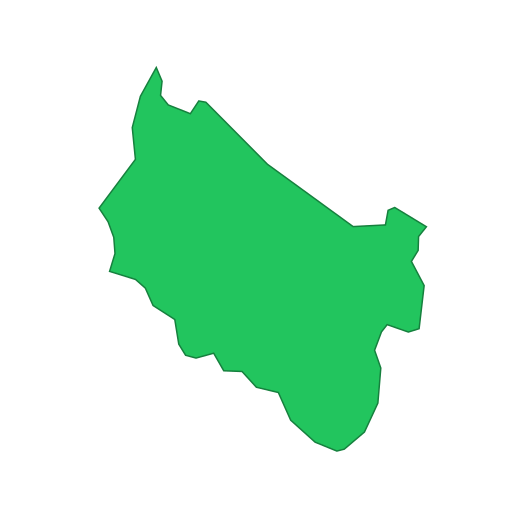 map outline of West Berkshire (Mercator projection), rotated 215°
{"feature_id": "GBR-5700", "entity_name": "West Berkshire", "entity_type": "Unitary Authority", "adm_level": 1, "iso_a3": "GBR", "parent_name": "United Kingdom", "parent_adm1": "", "projection": "mercator", "projection_center": [-1.328, 51.443], "detail": "fine", "context": "isolated", "style": "filled", "palette": "green", "viewbox_px": 512, "rotation_deg": 215, "n_neighbors": 0, "source": "natural_earth", "source_scale": "10m", "svg_char_len": 775}
<svg xmlns="http://www.w3.org/2000/svg" viewBox="0 0 512 512"><g transform="rotate(215 256 256)"><path d="M445.8,353.2L433.2,345.3L426.3,332.8L414.5,329.4L391.4,334.9L391.8,350.2L385.3,353.2L299.2,337.7L193.3,335.8L167.8,355.7L174.0,369.2L170.2,375.3L133.2,377.7L134.0,365.2L126.4,353.6L125.6,340.7L101.3,328.2L80.7,290.0L87.6,281.1L109.2,275.0L109.7,265.8L104.8,246.8L89.5,235.8L71.8,205.4L69.0,189.8L66.2,174.0L72.9,148.4L77.9,142.6L100.8,137.4L133.4,141.4L159.4,157.0L180.4,148.7L201.2,153.4L216.6,143.5L234.9,152.1L246.6,138.0L256.7,134.3L268.7,139.5L286.1,157.4L311.9,156.4L328.2,166.2L341.2,167.7L367.1,159.4L372.9,177.1L383.2,189.7L396.8,199.2L412.0,205.2L410.2,266.0L431.0,290.2L442.3,320.5L445.8,353.2Z" fill="#22c55e" stroke="#15803d" stroke-width="1.5"/></g></svg>